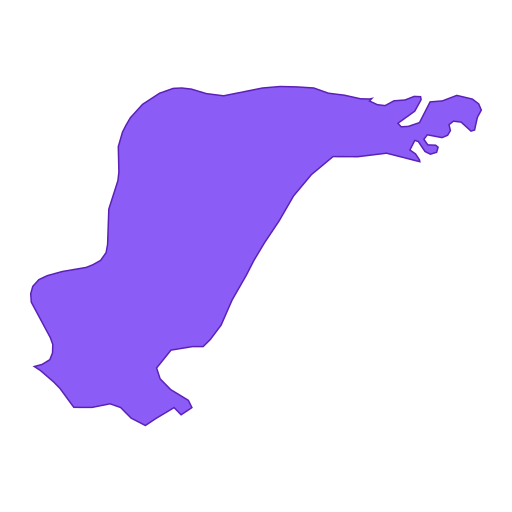 Chonnae, Kangwŏn-do, North Korea (Robinson projection)
{"feature_id": "82179303B51352172049621", "entity_name": "Chonnae", "entity_type": "district", "adm_level": 2, "iso_a3": "PRK", "parent_name": "North Korea", "parent_adm1": "Kangwŏn-do", "projection": "robinson", "projection_center": [127.238, 39.287], "detail": "fine", "context": "isolated", "style": "filled", "palette": "violet", "viewbox_px": 512, "rotation_deg": 0, "n_neighbors": 0, "source": "geoboundaries", "source_scale": "gbopen_adm2", "svg_char_len": 1564}
<svg xmlns="http://www.w3.org/2000/svg" viewBox="0 0 512 512"><path d="M371.8,98.5L369.5,99.0L360.6,98.8L344.4,95.2L328.4,93.2L320.0,90.2L313.8,88.0L296.8,86.9L280.1,86.5L262.5,88.0L223.6,95.8L206.3,93.6L191.4,89.1L181.7,88.0L173.2,88.4L159.6,93.2L142.6,104.3L130.4,117.7L125.9,125.4L122.5,132.1L118.3,146.6L118.9,172.1L117.9,180.7L109.7,206.3L108.8,209.2L107.6,244.4L106.1,252.6L100.6,260.4L92.7,264.8L86.3,267.4L62.3,271.5L47.4,275.6L38.9,279.6L32.8,286.3L30.7,293.7L31.3,302.2L50.4,337.8L52.8,344.5L52.5,353.0L49.8,359.7L41.9,364.5L34.3,366.5L40.4,370.5L53.7,382.0L60.1,388.6L70.7,403.1L73.8,407.3L81.4,407.4L92.1,407.4L110.0,403.8L120.6,407.5L131.2,418.2L145.4,425.5L156.2,418.3L174.1,407.6L181.1,414.8L182.0,414.2L191.9,407.6L188.4,400.4L170.7,389.6L160.1,378.8L156.6,368.0L171.0,350.1L192.4,346.6L203.1,346.6L210.3,339.5L221.1,325.1L232.1,300.0L246.5,274.9L253.8,260.6L264.6,242.6L279.0,221.1L293.5,196.0L311.5,174.5L333.0,156.6L357.9,156.7L386.5,153.2L419.8,161.7L419.5,159.9L415.5,153.9L409.9,150.0L410.4,149.0L414.8,140.4L418.3,141.5L425.0,151.5L430.4,154.2L436.6,152.3L438.1,147.2L435.6,145.2L427.8,144.9L423.9,139.3L427.3,134.8L442.0,137.6L447.6,135.3L450.4,130.6L449.0,124.7L453.4,121.2L461.1,122.1L471.0,131.1L474.6,130.0L475.4,126.2L477.4,117.3L481.3,110.1L478.7,103.9L472.4,99.1L465.3,97.4L456.8,95.4L442.4,100.9L430.1,101.9L419.5,122.6L408.3,126.4L401.2,126.8L397.9,123.3L414.8,111.1L421.1,99.7L420.6,96.7L414.2,96.4L405.0,100.0L394.0,100.8L385.1,105.6L377.4,104.7L369.5,101.0L371.8,98.5Z" fill="#8b5cf6" stroke="#5b21b6" stroke-width="1.5"/></svg>